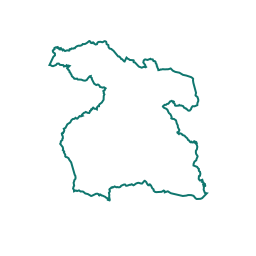 the district of Laclubar, Manatuto, East Timor, rotated 107°
{"feature_id": "22284137B50587397066696", "entity_name": "Laclubar", "entity_type": "district", "adm_level": 2, "iso_a3": "TLS", "parent_name": "East Timor", "parent_adm1": "Manatuto", "projection": "albers", "projection_center": [125.895, -8.747], "detail": "fine", "context": "isolated", "style": "outline", "palette": "teal", "viewbox_px": 256, "rotation_deg": 107, "n_neighbors": 0, "source": "geoboundaries", "source_scale": "gbopen_adm2", "svg_char_len": 5742}
<svg xmlns="http://www.w3.org/2000/svg" viewBox="0 0 256 256"><g transform="rotate(107 128 128)"><path d="M183.8,112.9L183.2,111.6L181.8,109.8L181.5,108.8L180.8,108.3L180.7,107.9L181.2,106.1L180.5,105.3L179.0,104.3L177.8,102.9L177.3,101.8L177.3,99.2L177.0,98.3L173.7,96.8L173.6,96.5L174.3,94.8L175.9,93.3L176.8,92.0L176.7,91.4L176.1,91.5L175.5,90.7L176.3,89.2L178.5,87.2L179.2,85.6L180.5,85.1L181.2,83.4L181.1,82.3L179.2,77.2L177.4,75.6L177.5,74.8L178.8,74.1L176.9,71.4L177.8,68.2L177.8,67.3L177.0,55.7L175.6,52.5L174.5,50.8L173.7,47.9L173.7,45.5L175.5,42.8L175.8,41.5L174.5,37.9L173.4,36.6L167.4,33.5L167.6,35.5L164.9,37.6L162.7,38.0L161.7,38.6L161.1,38.1L160.9,37.3L160.7,37.2L159.1,38.1L159.2,38.4L160.2,38.6L160.5,39.3L159.8,39.8L158.6,39.3L157.9,40.1L157.9,41.4L156.7,41.2L155.8,41.8L157.2,43.7L157.2,44.0L156.0,45.5L153.3,46.1L152.9,45.9L152.6,45.2L150.6,45.4L148.8,46.4L148.5,47.3L148.0,47.8L146.4,48.3L146.2,49.0L145.0,50.5L144.7,54.4L143.2,54.8L140.7,54.6L138.9,53.3L137.5,53.4L135.0,53.1L134.6,53.2L132.8,55.3L131.7,55.9L130.0,56.4L128.2,55.9L125.7,56.2L124.1,57.2L122.9,58.7L122.4,57.9L121.5,58.6L121.4,59.1L122.5,59.8L122.3,60.2L121.4,60.5L121.3,60.8L122.0,61.4L122.8,61.6L123.0,62.2L123.1,62.5L122.6,63.5L123.3,63.9L123.1,64.8L122.1,65.9L121.8,67.2L120.6,68.2L119.6,70.5L118.8,71.7L118.8,73.8L118.3,74.1L117.8,76.0L118.0,77.1L118.9,77.5L118.0,79.4L117.6,79.5L117.1,78.9L115.9,78.3L114.9,78.3L112.7,80.5L110.9,81.2L109.4,82.7L106.7,84.3L105.9,86.7L106.3,88.4L106.1,89.4L104.9,89.4L103.7,90.3L102.5,91.4L101.7,93.3L100.2,94.7L99.3,95.3L99.2,95.7L98.5,96.6L98.1,99.6L97.3,100.9L96.7,100.8L95.1,99.7L94.8,98.5L93.5,97.6L93.0,96.5L90.3,95.5L90.0,94.8L89.4,94.5L89.2,94.1L89.8,92.6L89.3,92.3L89.4,91.9L90.5,92.1L91.0,90.6L92.7,89.6L92.8,89.2L92.7,88.5L91.8,86.2L91.0,85.7L91.3,84.9L90.9,83.7L91.0,81.6L92.2,80.3L92.2,79.4L92.6,78.6L92.4,78.0L93.6,75.8L93.7,75.0L93.3,74.1L91.7,73.3L89.8,73.2L88.3,72.6L87.8,70.7L85.9,68.4L83.9,68.9L81.6,68.7L80.1,69.2L78.0,70.7L77.3,72.7L77.0,73.0L74.5,73.2L65.7,78.7L63.6,79.7L61.9,80.1L61.4,80.9L60.9,82.5L60.8,87.5L61.1,91.0L60.1,95.0L60.5,99.2L60.1,101.8L58.6,104.6L60.0,106.6L61.4,110.7L61.5,111.8L62.4,113.3L62.6,114.2L63.3,114.7L63.8,115.9L62.5,116.6L61.5,117.7L60.5,118.1L60.3,118.6L58.7,119.3L58.1,120.3L56.8,120.9L56.2,122.0L56.5,122.6L56.4,123.4L55.2,124.4L55.6,126.4L55.3,126.8L57.2,129.2L57.4,131.7L58.0,132.3L59.0,132.7L60.9,132.5L62.7,130.0L64.1,129.2L64.4,128.6L64.8,128.9L64.8,130.7L66.3,132.5L66.1,135.6L63.3,140.5L63.4,141.8L62.5,142.3L61.7,142.3L61.6,142.6L62.4,146.2L61.9,147.5L61.9,148.2L61.1,150.0L65.4,150.7L65.4,151.2L63.9,153.8L64.0,154.7L62.7,156.1L62.6,156.9L62.2,157.3L62.4,158.4L58.2,164.7L58.0,165.7L57.3,166.9L57.4,168.9L56.4,170.2L54.4,171.1L54.1,172.9L51.9,174.1L51.7,175.4L51.9,176.0L52.8,176.7L53.5,177.6L53.6,179.5L54.4,181.5L55.6,182.2L56.9,182.2L57.6,183.3L57.3,184.9L56.7,185.4L56.3,186.3L56.6,186.9L57.2,187.0L57.5,188.0L57.2,188.8L56.6,189.1L56.1,190.1L56.2,190.5L58.7,192.2L60.0,193.4L60.7,194.7L60.9,195.8L62.4,196.5L63.5,198.1L63.5,198.9L64.4,200.4L65.9,201.7L67.3,202.2L67.3,202.8L68.2,203.7L68.4,205.2L69.3,205.6L69.5,206.6L69.9,206.9L71.0,206.7L71.3,207.0L71.5,208.9L72.8,210.7L72.7,211.2L72.0,212.5L72.8,213.1L72.6,213.3L72.1,213.1L71.9,213.3L72.3,214.2L71.2,215.6L71.4,215.9L72.3,215.1L72.8,215.9L72.8,216.3L71.9,216.3L72.5,217.0L72.3,217.3L71.8,217.0L71.7,218.2L71.1,218.9L71.3,219.2L72.1,219.3L71.8,220.4L72.9,221.7L73.3,221.8L74.1,221.3L74.7,221.7L75.1,222.2L76.3,222.5L77.5,221.6L78.1,219.7L79.9,219.1L81.7,220.2L90.7,221.5L90.5,220.3L90.9,219.0L90.8,217.8L88.8,215.3L87.2,214.6L86.6,213.1L87.5,211.5L86.8,208.2L87.9,207.2L87.7,206.9L87.3,206.8L87.1,205.6L85.9,205.1L86.1,204.6L85.7,203.2L85.7,202.0L86.9,202.6L87.8,203.7L88.8,203.6L88.9,202.9L89.8,202.2L89.8,201.7L90.9,200.4L91.5,200.4L92.1,199.2L92.9,198.7L93.3,197.9L94.9,196.8L95.9,194.5L96.5,194.0L96.5,193.1L95.7,191.2L96.1,190.9L96.3,190.1L95.4,186.9L95.6,184.7L95.3,182.9L94.2,181.5L92.3,180.9L89.8,179.8L89.2,178.8L90.3,178.6L90.8,177.2L91.9,176.8L95.5,173.3L96.2,170.9L95.2,169.5L95.4,168.5L96.2,167.3L96.9,166.8L96.8,164.0L96.1,162.9L96.6,161.0L97.7,161.4L98.8,161.4L99.6,162.4L100.1,162.3L101.0,161.5L101.9,161.4L102.7,160.4L104.4,160.6L108.1,159.6L111.3,160.5L113.7,162.2L114.7,162.4L115.6,162.1L115.9,163.1L117.4,163.7L118.0,163.7L118.5,163.3L119.3,163.2L119.0,164.2L119.4,165.6L118.7,167.3L119.2,167.6L120.5,167.7L120.6,168.4L120.9,168.7L122.1,168.5L122.9,169.4L124.2,169.2L125.0,169.5L125.3,171.2L125.0,173.1L125.7,173.6L126.4,174.6L128.7,175.9L129.2,176.0L129.6,175.0L130.7,176.5L130.8,177.8L133.8,179.1L134.0,179.6L133.6,181.2L134.8,181.8L135.6,183.5L137.1,184.4L139.6,184.9L142.2,187.1L146.1,187.8L147.5,189.2L148.6,188.3L150.5,188.2L151.2,188.8L151.9,188.6L152.2,189.5L152.6,189.7L154.0,189.0L154.9,188.0L156.8,187.3L157.6,187.6L158.7,187.3L160.3,188.3L162.0,188.0L163.0,188.2L165.4,184.8L167.2,183.8L168.2,183.9L169.1,182.2L170.0,182.2L171.9,180.2L173.5,179.7L173.9,178.8L173.8,177.6L174.3,176.0L175.6,174.8L177.5,172.3L188.3,165.3L189.1,164.4L190.6,163.7L191.9,163.4L193.7,164.1L194.5,163.9L196.3,164.0L199.0,162.6L199.8,162.9L202.0,162.8L203.0,161.6L204.3,161.1L203.0,159.6L203.2,158.3L202.0,156.6L202.6,154.8L202.1,153.4L202.0,152.2L203.1,149.7L202.9,147.1L203.8,143.4L203.3,142.6L200.3,139.4L199.8,138.2L199.9,136.5L200.8,136.1L200.9,135.7L199.7,134.8L200.3,133.4L200.1,132.8L200.5,129.7L201.1,128.4L201.2,127.0L202.6,126.4L202.6,124.5L202.1,124.4L199.3,125.9L197.4,126.3L195.6,127.3L194.2,126.8L193.4,127.0L192.4,127.8L191.6,127.7L190.6,126.8L189.9,126.6L189.7,125.8L189.1,125.7L189.0,124.7L187.8,123.7L188.1,121.8L187.6,121.0L187.6,120.1L187.2,118.9L186.5,118.1L185.2,117.6L183.3,115.4L182.9,114.3L183.8,112.9Z" fill="none" stroke="#0f766e" stroke-width="2"/></g></svg>